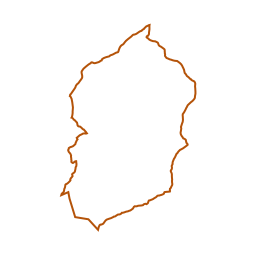 the district of Chengmari, Samchi, Bhutan, rotated 8°
{"feature_id": "84629894B7629980605125", "entity_name": "Chengmari", "entity_type": "district", "adm_level": 2, "iso_a3": "BTN", "parent_name": "Bhutan", "parent_adm1": "Samchi", "projection": "orthographic", "projection_center": [89.063, 26.994], "detail": "fine", "context": "isolated", "style": "outline", "palette": "amber", "viewbox_px": 256, "rotation_deg": 8, "n_neighbors": 0, "source": "geoboundaries", "source_scale": "gbopen_adm2", "svg_char_len": 5739}
<svg xmlns="http://www.w3.org/2000/svg" viewBox="0 0 256 256"><g transform="rotate(8 128 128)"><path d="M66.0,104.5L66.5,104.6L68.1,107.0L69.2,110.2L70.6,115.3L70.9,119.8L71.1,120.8L71.1,121.7L71.1,123.3L71.0,124.2L70.9,125.1L70.7,125.6L71.4,125.7L72.5,126.5L73.0,127.2L74.2,127.7L75.5,128.8L76.7,129.7L77.0,130.4L77.4,131.5L77.7,132.4L78.4,133.1L79.1,133.3L80.4,133.3L82.0,134.3L83.1,135.2L83.9,135.6L84.5,135.7L85.6,136.7L86.8,137.7L88.0,139.0L87.2,139.4L85.6,139.4L84.2,139.8L83.2,140.6L81.2,141.9L78.6,144.9L79.1,145.6L79.6,146.3L79.2,146.9L78.8,147.9L78.6,148.9L78.3,149.5L78.1,151.3L76.5,153.2L76.0,153.7L74.5,154.6L73.8,154.8L73.4,155.1L72.2,156.1L72.1,157.3L72.0,157.7L71.8,158.2L72.1,158.7L72.3,159.3L72.7,159.9L73.5,160.6L74.3,161.3L74.9,162.1L75.5,163.3L75.5,164.3L76.0,165.8L76.2,167.1L76.5,167.8L76.6,168.5L76.6,169.4L77.4,170.0L78.1,170.3L78.7,170.1L79.5,169.2L80.2,168.7L80.4,168.3L81.3,168.1L81.7,169.9L82.0,170.8L82.1,172.5L82.1,173.0L81.7,173.9L81.6,174.7L81.7,175.6L81.6,176.7L81.5,177.7L81.5,178.3L81.3,178.9L81.1,179.3L80.6,179.9L79.6,180.8L79.1,181.6L79.4,182.4L79.8,183.3L79.4,184.2L78.8,185.1L78.2,186.1L78.0,187.0L78.3,187.7L77.9,188.6L76.3,190.7L75.7,191.3L75.1,191.9L74.3,192.3L73.9,192.9L73.9,193.8L73.9,194.8L73.8,195.9L73.4,197.2L73.4,199.3L73.0,200.6L72.1,201.6L71.5,202.4L71.3,203.8L77.8,199.8L79.9,206.0L88.1,223.6L101.5,223.9L112.5,233.0L112.8,230.1L113.4,228.2L114.1,227.5L115.2,227.3L116.8,226.2L117.9,224.1L118.6,222.8L119.6,221.7L121.5,220.7L122.7,220.1L123.6,219.7L125.1,218.7L125.7,218.3L126.1,217.8L127.2,217.5L128.0,217.0L128.5,216.4L130.1,215.1L131.9,214.7L133.2,213.7L133.7,212.8L134.5,212.7L136.0,212.1L137.8,211.1L139.6,210.5L140.7,209.8L141.5,209.5L142.4,208.8L143.4,207.8L144.1,207.1L144.4,206.3L144.8,205.3L145.5,204.6L147.2,204.4L148.2,204.0L148.8,203.6L152.3,202.8L152.8,202.6L153.6,202.3L154.1,201.5L154.7,201.1L155.6,200.7L156.1,200.6L157.0,200.8L157.4,200.4L158.1,199.7L158.3,198.9L158.5,197.6L158.8,196.9L160.4,196.3L160.7,196.0L161.7,195.5L162.8,194.8L163.5,194.1L164.1,193.6L165.4,192.6L166.1,191.7L166.6,191.0L167.4,190.7L168.4,190.5L169.4,190.0L170.4,189.6L171.8,188.8L172.7,188.0L172.8,187.2L173.1,186.4L174.5,186.0L175.3,185.8L176.7,185.5L178.3,185.1L178.4,184.6L178.1,183.7L178.0,182.3L178.5,181.8L178.7,181.3L178.9,180.7L179.0,180.2L179.4,179.1L179.7,178.3L179.7,177.4L179.5,176.7L179.2,175.7L178.9,174.2L178.9,173.0L178.5,171.3L178.2,169.9L178.1,169.2L177.9,167.8L177.6,166.9L177.1,166.0L176.5,165.2L176.3,164.4L176.4,163.9L176.7,163.5L177.1,162.4L177.1,161.9L177.0,160.8L176.8,160.3L176.6,159.8L176.6,159.2L177.1,157.8L177.2,157.3L177.0,156.9L177.0,155.4L177.4,153.8L177.8,152.1L178.2,151.4L178.8,149.8L179.1,148.7L179.7,146.7L180.4,146.1L180.6,145.5L181.2,144.3L182.1,143.1L182.5,142.5L183.4,141.9L185.3,140.5L188.7,137.2L189.0,136.7L189.4,136.3L189.0,135.4L187.9,134.5L186.8,131.6L185.5,130.9L184.2,130.6L183.8,130.1L182.9,129.0L182.4,128.6L181.3,127.1L180.9,126.1L180.7,125.0L180.8,123.6L180.8,122.4L180.8,121.0L180.3,119.6L180.8,116.7L181.0,115.6L181.3,114.4L181.3,112.3L181.0,110.8L180.7,109.2L180.4,108.0L180.3,106.7L180.5,106.3L181.4,104.5L182.4,101.8L183.0,99.8L183.3,99.2L183.5,98.6L183.7,97.9L183.9,97.3L184.3,96.7L184.7,96.2L186.0,94.6L186.8,93.6L187.8,92.6L188.2,92.1L188.6,91.6L189.7,89.8L189.9,89.2L190.0,88.6L189.9,87.2L190.0,85.2L190.0,84.5L189.9,83.9L189.8,83.2L189.7,82.5L189.3,80.5L189.2,79.9L188.9,78.6L188.7,77.9L188.6,77.2L188.5,75.9L188.5,75.2L188.4,74.6L188.1,73.9L187.7,73.3L187.3,72.8L186.8,72.5L186.1,72.3L185.4,72.1L184.8,71.9L184.2,71.6L183.7,71.0L183.2,71.0L182.2,70.3L181.2,69.5L180.6,69.1L179.4,68.5L178.9,68.1L178.5,67.6L178.1,67.0L177.6,66.5L177.1,66.1L176.6,65.7L176.3,65.1L175.6,63.2L175.4,62.5L175.0,62.0L174.7,61.4L173.9,60.3L172.8,58.6L172.3,58.1L171.9,57.6L171.4,57.2L170.8,56.8L170.3,56.4L167.9,55.1L167.3,54.8L165.9,54.9L164.6,54.9L162.7,54.7L161.5,54.4L159.7,54.2L158.1,53.7L156.4,53.3L155.7,52.6L154.7,51.6L154.5,50.8L154.5,49.8L154.0,48.7L153.9,47.6L153.7,47.1L153.6,46.4L153.5,45.7L153.2,45.1L152.7,44.7L150.3,43.4L149.1,42.8L147.8,42.4L147.3,42.0L146.8,41.5L146.5,40.9L146.2,40.3L145.9,39.7L145.5,39.3L144.2,38.8L142.9,38.4L140.5,38.5L138.1,38.0L136.8,37.5L135.5,36.5L134.5,36.1L133.7,35.4L133.9,34.6L134.4,34.2L135.0,33.9L135.5,32.7L135.7,32.0L135.6,31.3L135.5,30.6L135.5,30.0L135.5,28.6L135.5,27.3L135.4,26.6L135.2,25.3L135.1,24.6L135.0,24.0L135.0,23.0L134.1,23.4L133.7,23.8L133.2,24.1L132.8,24.3L132.4,24.6L131.9,24.9L130.7,26.5L130.4,26.8L130.1,27.6L129.6,27.9L129.2,28.3L128.2,29.3L127.9,29.9L127.2,30.2L126.6,30.5L126.1,30.9L125.6,31.3L125.1,31.8L124.1,32.7L123.6,33.2L123.1,33.6L122.5,34.0L121.9,34.3L121.3,34.6L120.7,34.7L120.1,35.0L119.6,35.5L118.8,36.6L118.4,37.1L115.6,40.0L114.7,41.0L114.3,41.5L113.8,42.0L113.5,42.6L113.1,43.1L112.8,43.7L112.1,44.9L111.8,45.5L111.3,46.0L110.3,46.8L109.8,47.3L109.4,47.9L109.1,48.4L108.8,49.1L108.6,49.7L108.4,50.3L108.0,52.3L107.8,53.7L107.5,54.3L106.9,54.6L106.3,54.8L105.7,55.1L103.0,57.1L102.4,57.5L101.8,57.8L101.2,58.1L100.6,58.4L100.1,58.8L99.7,59.4L99.2,59.8L98.6,60.0L96.7,60.8L96.1,61.1L95.5,61.4L94.9,61.8L94.3,62.1L93.8,62.5L93.3,63.0L92.8,63.4L92.5,64.8L91.4,65.3L90.9,66.0L90.4,66.4L89.8,66.8L89.2,67.1L87.4,67.9L86.8,68.2L85.8,68.5L84.6,68.4L84.0,68.1L83.0,68.0L82.5,68.2L81.9,69.2L81.1,69.7L79.8,70.9L78.1,72.7L77.2,73.7L76.7,74.3L75.9,75.2L75.5,75.8L74.9,77.0L74.6,77.6L74.3,78.3L74.2,78.9L74.3,79.5L74.5,80.2L74.7,80.8L75.2,82.1L75.4,82.8L75.5,83.4L75.6,84.1L75.5,84.8L75.3,85.4L75.0,86.0L74.7,86.6L73.7,88.4L73.4,89.0L73.1,89.6L72.8,90.2L72.4,90.8L71.9,91.2L71.5,91.7L71.1,92.3L70.8,92.9L70.5,93.5L70.4,94.1L70.3,94.8L70.1,95.4L69.8,96.1L68.9,97.9L67.7,100.3L67.1,101.5L66.8,102.1L66.1,103.0L66.0,104.5Z" fill="none" stroke="#b45309" stroke-width="2"/></g></svg>